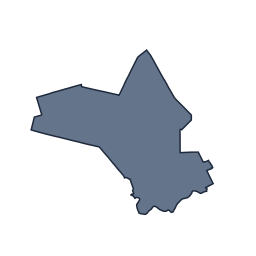 outline of Foeni, Timis, Romania, rotated 14°
{"feature_id": "2599482B56844423144211", "entity_name": "Foeni", "entity_type": "district", "adm_level": 2, "iso_a3": "ROU", "parent_name": "Romania", "parent_adm1": "Timis", "projection": "albers", "projection_center": [20.878, 45.496], "detail": "fine", "context": "isolated", "style": "filled", "palette": "slate", "viewbox_px": 256, "rotation_deg": 14, "n_neighbors": 0, "source": "geoboundaries", "source_scale": "gbopen_adm2", "svg_char_len": 5135}
<svg xmlns="http://www.w3.org/2000/svg" viewBox="0 0 256 256"><g transform="rotate(14 128 128)"><path d="M206.2,173.5L206.7,173.2L207.7,172.9L208.2,172.9L208.8,172.8L210.3,173.0L211.2,173.1L211.9,173.3L212.3,173.5L212.8,173.6L213.1,173.7L213.7,173.8L214.1,173.9L214.3,173.8L214.5,173.7L214.8,173.6L215.2,173.3L215.8,172.8L216.3,172.3L216.6,172.1L217.2,171.6L217.5,171.4L218.1,171.0L218.6,170.7L218.9,170.6L219.1,170.4L219.4,170.3L219.5,170.3L219.4,170.1L219.4,169.8L219.3,169.5L219.4,169.3L219.3,169.1L219.4,168.8L219.4,168.5L219.4,168.1L219.3,167.9L219.0,167.3L218.7,166.9L217.3,167.7L217.8,167.3L217.7,167.1L221.4,163.8L224.1,161.4L218.4,154.7L215.5,151.1L214.7,150.1L219.0,147.2L218.7,146.7L219.8,146.0L219.8,145.9L218.1,143.7L217.5,143.5L217.2,143.3L217.1,143.2L217.0,142.9L216.8,142.7L216.6,142.4L216.4,142.1L216.2,142.0L215.9,141.8L215.6,141.7L215.3,141.5L215.0,141.4L214.8,141.2L214.5,140.9L214.0,140.0L211.4,142.0L209.2,142.8L204.2,137.0L202.0,134.4L195.0,136.2L189.9,137.7L185.9,138.9L184.6,139.3L184.2,138.0L182.5,131.3L180.9,125.0L180.0,121.4L179.3,118.9L178.9,117.1L179.0,116.8L179.1,116.7L179.4,116.5L179.9,116.5L180.5,116.7L185.9,107.6L187.5,105.0L187.0,102.7L186.4,100.4L186.2,100.1L185.9,99.8L185.5,99.5L184.0,98.7L180.8,96.7L176.9,94.3L176.5,94.1L172.4,91.6L170.4,90.4L167.9,88.9L166.4,87.9L165.6,87.2L164.3,85.9L162.5,84.0L161.6,83.1L159.3,80.7L157.1,78.5L156.9,78.2L156.2,77.4L154.7,75.7L152.2,73.1L151.4,72.3L151.1,72.3L150.6,71.7L149.2,70.1L146.2,67.0L143.6,64.1L139.2,59.4L136.2,56.1L134.4,54.2L133.6,53.4L133.0,52.8L132.2,51.9L130.6,50.7L129.5,49.8L128.1,48.6L127.2,47.9L126.8,48.4L125.6,50.0L124.3,51.7L122.3,54.2L121.3,55.5L121.0,56.0L120.8,56.3L120.5,56.7L120.2,57.2L120.0,58.1L119.7,59.7L118.9,63.1L118.3,65.9L117.7,68.7L116.7,73.0L116.0,76.6L115.3,79.5L114.8,81.4L114.2,84.1L113.6,87.8L112.6,92.6L111.5,97.9L111.5,98.1L111.1,98.3L111.1,98.2L106.5,98.4L100.7,98.5L96.3,98.6L90.7,98.8L86.7,98.9L82.2,99.0L77.1,99.1L72.9,99.1L72.3,97.3L72.2,97.1L69.9,98.4L66.9,100.1L63.9,101.8L62.5,102.6L60.0,104.1L57.4,105.5L54.5,107.2L51.8,108.8L48.4,110.7L48.1,110.8L45.6,112.3L43.0,114.0L40.2,115.6L37.5,117.2L34.7,118.8L32.2,120.3L31.9,120.4L31.9,120.6L33.3,122.9L34.7,125.2L36.1,127.6L37.6,130.1L38.9,132.3L41.1,136.0L41.0,136.3L39.2,137.4L37.1,138.6L34.5,140.1L34.5,143.5L34.5,146.7L34.5,146.9L34.5,149.9L34.5,153.3L37.6,153.4L40.3,153.5L42.9,153.6L46.5,153.6L49.1,153.7L52.9,153.7L55.6,153.7L58.8,153.7L62.1,153.6L65.5,153.6L68.8,153.6L71.6,153.6L74.4,153.6L77.5,153.6L79.7,153.6L80.4,153.6L83.3,153.5L86.2,153.6L89.2,153.6L92.4,153.6L96.2,153.5L98.6,153.4L101.9,153.4L104.6,153.3L107.4,155.2L109.8,157.0L113.1,159.3L115.4,160.9L118.1,162.9L119.8,164.2L120.2,164.5L122.8,166.4L123.4,166.8L125.7,168.5L128.2,170.4L130.9,172.2L133.7,174.2L135.0,175.2L136.0,176.1L136.6,177.2L136.9,177.0L138.5,176.5L139.8,176.7L141.4,177.3L141.9,177.3L142.0,177.3L142.2,177.1L142.4,177.3L143.6,179.1L144.3,180.2L145.3,181.7L146.0,182.8L147.3,184.7L147.7,185.2L148.0,185.7L148.0,185.8L147.6,187.2L147.7,187.8L148.1,188.4L148.5,188.9L149.2,189.8L149.2,190.0L149.3,190.4L149.2,190.6L149.2,190.8L148.7,190.9L148.3,191.0L148.1,191.0L147.8,191.2L147.6,191.4L147.6,191.5L147.1,192.0L147.1,192.3L147.3,192.3L148.1,192.5L149.1,192.6L150.0,193.0L150.5,193.2L150.9,193.8L151.7,194.6L151.9,194.5L152.8,193.4L153.9,193.2L154.5,193.1L154.9,193.1L155.6,193.4L156.1,193.7L156.6,194.2L156.6,195.3L156.3,196.3L156.0,197.3L155.7,198.0L155.4,198.8L155.1,199.6L155.1,200.5L155.2,201.4L156.0,202.9L156.5,204.0L156.8,204.4L157.9,206.0L158.0,206.1L158.3,206.5L158.8,207.1L159.0,207.7L159.2,207.9L159.3,207.9L160.2,208.0L160.9,208.1L161.5,208.0L162.5,207.9L163.2,207.8L163.9,207.8L164.6,207.8L165.1,207.7L165.7,207.5L166.2,207.2L166.5,206.9L167.0,206.3L167.2,205.9L167.4,205.6L167.6,204.9L167.7,204.6L167.9,204.3L168.2,203.7L168.5,203.1L169.0,202.6L169.2,202.3L169.7,201.8L170.1,201.3L170.4,200.8L170.6,200.3L170.7,199.8L170.8,199.5L171.0,199.0L171.3,198.5L171.6,198.1L172.2,197.7L172.7,197.6L173.3,197.5L173.9,197.6L174.5,197.7L175.0,197.9L175.5,198.0L176.6,198.7L177.4,199.0L178.4,199.4L179.0,199.6L179.8,199.7L180.2,199.7L180.6,199.8L181.1,199.9L181.5,200.0L182.2,200.1L182.8,200.1L183.4,200.0L184.0,199.9L184.5,199.7L185.0,199.5L185.2,199.4L185.7,199.0L185.9,198.8L186.1,198.5L186.4,198.2L186.7,198.0L187.0,197.9L187.3,197.8L187.7,197.9L188.3,198.1L188.6,198.3L188.9,198.5L189.4,198.8L189.9,199.1L190.0,199.2L190.5,199.3L190.9,199.2L191.2,199.1L191.4,199.0L191.6,198.7L191.9,198.5L192.1,198.2L192.2,197.7L192.3,197.4L192.3,197.1L192.4,196.6L192.6,196.0L192.6,195.7L192.8,195.4L193.0,194.7L193.2,194.0L193.2,193.8L193.3,193.3L193.4,192.5L193.6,191.7L193.8,190.8L194.0,190.3L194.2,189.7L194.6,188.9L194.7,188.7L195.3,187.7L195.8,186.9L196.3,186.0L196.5,185.5L196.7,185.2L197.3,184.5L197.7,184.0L198.3,183.4L199.1,183.0L200.0,182.6L200.9,182.1L201.7,181.7L202.3,181.4L202.5,181.2L202.9,180.9L203.7,179.9L204.1,179.3L204.5,178.6L204.7,178.1L204.8,177.8L205.0,177.4L205.3,176.6L205.6,175.8L205.7,175.3L205.7,175.1L205.6,174.8L205.6,174.5L205.7,174.3L205.8,174.0L205.9,173.8L206.1,173.5L206.2,173.5Z" fill="#64748b" stroke="#1e293b" stroke-width="1.5"/></g></svg>